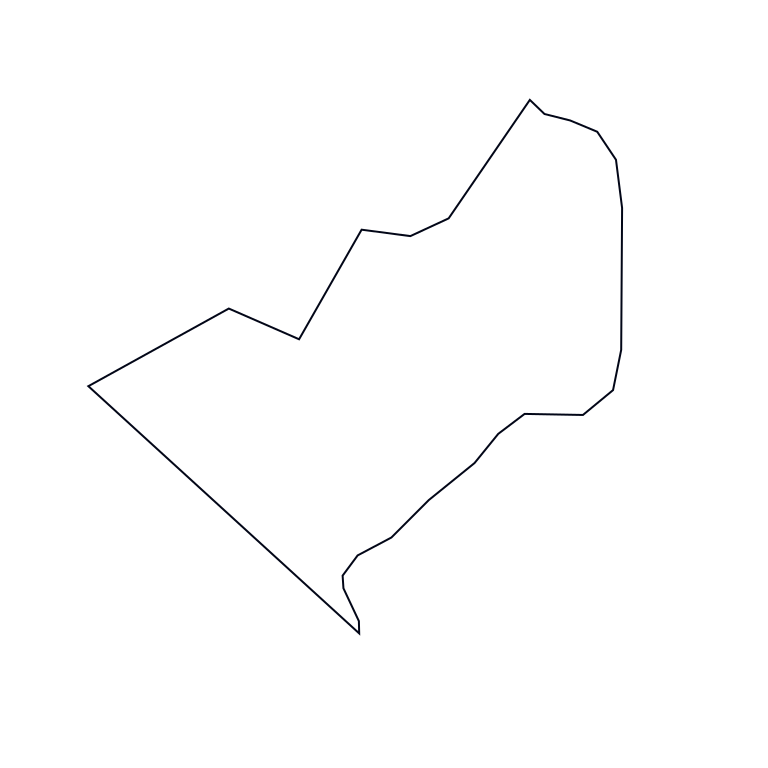 outline of Rivière du Rempart, rotated 74°
{"feature_id": "MUS-5192", "entity_name": "Rivière du Rempart", "entity_type": "District", "adm_level": 1, "iso_a3": "MUS", "parent_name": "Mauritius", "parent_adm1": "", "projection": "mercator", "projection_center": [57.653, -20.067], "detail": "fine", "context": "isolated", "style": "outline", "palette": "ink", "viewbox_px": 768, "rotation_deg": 74, "n_neighbors": 0, "source": "natural_earth", "source_scale": "10m", "svg_char_len": 476}
<svg xmlns="http://www.w3.org/2000/svg" viewBox="0 0 768 768"><g transform="rotate(74 384 384)"><path d="M151.1,165.5L168.7,155.3L182.0,132.4L200.3,109.5L232.4,99.2L280.4,106.6L416.6,146.6L453.0,165.5L468.6,201.3L451.5,257.1L463.4,287.9L484.9,318.7L507.9,372.9L533.6,419.2L541.5,456.6L556.8,476.6L569.2,479.3L605.0,473.5L616.9,476.6L304.6,668.8L268.7,512.4L317.6,453.3L229.5,363.0L249.1,317.9L242.6,276.2L151.1,165.5Z" fill="none" stroke="#020617" stroke-width="2"/></g></svg>